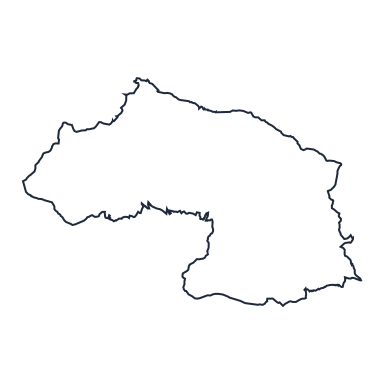 outline of Seica Mare, Sibiu, Romania
{"feature_id": "2599482B70299746914609", "entity_name": "Seica Mare", "entity_type": "district", "adm_level": 2, "iso_a3": "ROU", "parent_name": "Romania", "parent_adm1": "Sibiu", "projection": "albers", "projection_center": [24.21, 46.002], "detail": "fine", "context": "isolated", "style": "outline", "palette": "slate", "viewbox_px": 384, "rotation_deg": 0, "n_neighbors": 0, "source": "geoboundaries", "source_scale": "gbopen_adm2", "svg_char_len": 6007}
<svg xmlns="http://www.w3.org/2000/svg" viewBox="0 0 384 384"><path d="M342.7,286.9L343.6,283.0L345.1,281.1L344.9,280.1L345.5,278.9L345.0,278.1L344.9,277.3L349.2,278.6L351.2,278.4L352.0,277.8L354.2,278.1L360.2,280.4L361.0,280.3L360.2,278.6L356.0,275.3L354.8,273.5L354.7,269.8L353.8,268.1L353.3,266.0L352.6,265.1L352.3,263.8L351.8,263.5L351.5,264.4L351.0,263.4L350.9,261.5L350.4,259.9L347.1,256.6L345.0,255.7L344.6,254.0L344.7,249.8L343.4,248.1L340.6,246.8L344.4,243.4L345.7,242.9L349.4,242.4L350.2,242.8L351.0,242.4L352.9,239.5L353.0,237.8L352.4,238.2L350.7,235.2L349.4,236.8L347.2,238.5L344.3,239.0L340.7,234.7L340.6,233.4L339.3,230.9L339.0,229.6L339.6,228.0L339.6,224.6L339.0,222.7L340.9,220.7L340.9,218.7L339.3,217.1L338.7,216.0L339.4,213.4L337.4,212.4L334.0,209.4L331.9,208.2L331.9,205.4L332.8,203.6L332.8,202.4L333.3,200.8L332.8,200.1L331.4,199.7L329.3,197.7L329.4,196.0L327.8,191.3L328.0,190.9L330.7,190.0L333.9,186.9L335.4,184.6L337.4,174.0L337.5,170.8L339.1,167.3L340.2,165.7L341.0,165.2L341.2,164.1L340.3,163.2L336.9,162.4L333.9,161.0L329.3,160.6L327.6,160.9L326.3,160.5L324.4,156.7L322.9,155.1L320.8,153.8L319.6,153.6L317.7,151.7L313.7,149.5L306.6,148.5L305.8,149.2L303.6,150.1L301.0,149.0L299.7,146.3L299.6,145.5L297.5,143.4L297.6,141.8L293.8,138.2L293.3,137.2L291.1,136.7L290.5,136.0L289.1,136.4L283.6,135.1L281.3,132.7L280.9,131.6L276.1,129.1L274.3,127.3L271.8,125.5L268.2,123.7L267.4,122.6L266.2,122.2L265.0,121.1L264.7,120.3L261.5,120.3L258.2,117.4L255.2,117.3L253.4,116.5L251.3,112.8L250.6,112.3L248.0,112.9L243.5,111.0L239.7,110.4L236.1,110.8L232.7,110.5L230.1,111.9L216.0,112.3L216.0,111.8L215.4,112.2L214.5,111.8L213.0,111.9L210.8,110.8L208.0,110.3L207.9,109.7L205.4,109.5L204.4,108.5L203.8,109.4L203.1,108.8L203.1,108.3L202.1,107.0L201.2,106.6L199.1,108.5L199.1,107.2L198.0,105.7L195.0,103.3L192.2,102.7L191.7,102.1L190.0,102.2L189.3,101.4L188.5,101.1L180.2,100.0L178.4,99.3L176.1,97.3L174.7,96.9L172.7,95.3L172.2,94.4L170.1,93.4L167.0,92.9L164.5,93.2L157.8,91.8L157.4,91.2L158.4,90.3L152.3,83.9L149.6,83.0L149.1,82.2L148.7,80.9L147.4,79.7L146.9,80.3L146.9,80.9L146.6,81.2L144.7,80.5L141.3,80.3L139.6,78.5L136.8,78.2L136.3,79.3L136.3,80.4L134.2,81.2L134.2,81.6L135.3,81.6L135.7,82.7L136.3,83.0L138.0,83.0L138.5,84.1L138.7,85.8L138.1,86.2L138.0,87.3L136.4,88.9L133.8,93.2L129.5,93.4L127.3,94.7L125.0,94.5L126.3,95.4L126.2,100.6L124.6,104.7L121.0,107.8L122.1,109.2L122.5,110.7L121.2,113.0L118.6,115.1L117.5,116.7L117.0,116.2L116.4,116.3L117.3,117.4L114.0,121.1L113.2,121.2L112.8,120.5L112.7,121.4L112.0,121.8L111.3,123.2L109.3,124.6L103.4,123.5L100.7,122.1L99.1,122.1L96.0,126.4L94.1,128.2L88.8,129.3L87.0,129.2L85.7,130.3L81.8,130.5L76.5,131.9L74.5,131.0L73.3,128.9L71.9,125.0L67.6,124.1L66.4,122.9L64.2,122.5L63.5,122.8L62.9,123.4L62.2,126.2L59.9,129.0L58.9,130.7L58.1,138.2L59.0,139.5L58.6,143.5L55.5,143.4L53.5,144.1L52.0,146.6L51.9,147.7L50.4,150.6L48.5,151.9L44.7,152.8L43.2,153.7L41.8,157.2L38.9,161.1L38.7,162.0L35.6,164.9L35.3,165.8L35.5,168.1L34.5,171.4L30.6,174.9L29.3,175.7L27.1,177.9L26.0,179.6L23.0,181.2L26.0,191.9L28.3,194.3L30.0,194.9L31.4,195.9L30.9,195.9L31.1,196.1L33.9,197.4L36.8,198.1L38.3,198.8L41.9,199.1L44.4,200.2L51.9,202.3L54.1,205.8L54.4,206.9L54.4,209.0L55.1,210.2L57.6,212.2L58.2,213.6L59.7,214.2L60.5,215.2L60.6,215.8L62.4,217.2L64.5,220.6L66.1,222.0L71.0,224.0L72.4,225.0L75.2,224.4L83.9,220.7L86.1,218.9L87.5,217.1L88.5,217.0L91.3,215.4L92.2,215.2L94.8,216.9L97.9,216.6L98.9,216.0L99.5,214.3L102.1,212.0L102.8,211.9L104.9,211.9L104.6,213.0L104.9,213.8L105.1,216.6L105.6,217.7L108.1,218.3L109.2,215.2L109.9,215.8L109.1,217.4L110.2,218.1L109.9,219.3L112.5,220.2L113.8,221.3L115.7,220.3L116.1,220.6L119.1,218.6L121.7,218.7L121.8,218.2L122.5,217.6L125.0,216.8L127.6,217.0L129.1,218.0L129.7,215.6L132.3,216.3L133.7,217.1L134.7,216.9L136.4,214.9L138.1,211.8L139.7,213.0L140.7,213.1L141.9,209.3L143.4,206.1L141.8,204.2L141.8,203.4L145.4,206.6L145.6,206.4L147.6,208.5L149.2,208.5L148.1,204.9L148.4,204.6L148.1,203.8L148.3,202.2L149.5,203.5L149.2,203.5L150.0,204.8L152.5,206.6L156.5,208.4L160.2,209.3L162.3,210.5L166.4,213.8L167.0,208.9L169.6,214.1L170.8,213.3L169.6,210.5L173.6,211.4L173.8,211.8L176.0,211.6L177.5,212.1L180.0,210.8L181.4,213.2L182.5,212.1L184.0,211.4L186.1,213.6L187.6,213.7L188.9,212.8L193.1,213.6L195.7,215.1L196.9,212.3L199.7,212.9L199.5,215.8L200.2,216.6L200.4,217.9L200.2,218.7L200.5,219.1L202.1,219.0L203.1,219.7L203.9,219.2L204.1,217.8L204.8,217.0L205.3,215.1L206.2,214.8L206.2,213.5L208.1,212.7L207.8,216.0L206.6,218.2L205.8,220.7L206.6,220.7L207.0,220.2L207.4,220.6L207.9,220.3L209.9,220.4L211.0,219.5L212.0,219.5L212.6,221.6L212.3,227.1L212.9,228.3L213.2,230.8L212.2,233.1L210.7,234.0L209.8,235.6L208.5,236.5L207.8,238.2L208.0,239.0L207.3,240.9L208.7,242.8L208.6,247.9L207.3,251.0L207.9,254.4L205.9,255.7L204.9,257.6L203.5,258.5L199.1,259.3L196.9,259.1L193.5,262.6L190.3,264.2L189.5,264.8L189.4,265.6L188.8,266.2L188.3,269.7L187.1,270.9L182.9,273.4L182.6,274.4L182.5,276.7L183.0,277.5L185.0,278.7L184.4,281.9L184.5,284.2L183.3,287.1L183.9,289.3L185.0,290.9L186.2,291.0L188.6,294.4L191.9,296.1L194.9,298.4L197.4,298.6L199.7,298.2L207.6,295.3L210.4,295.5L212.7,294.4L215.0,293.9L218.7,293.9L222.8,294.5L228.2,296.7L229.6,297.6L240.4,300.9L245.1,303.1L257.9,304.8L259.4,304.4L262.8,304.8L264.9,303.6L265.8,302.1L267.2,301.3L267.0,300.3L267.3,298.7L272.8,298.6L277.2,302.3L278.4,302.9L279.6,302.4L283.0,305.8L284.9,304.0L289.4,301.5L290.6,301.3L293.1,302.0L296.0,301.9L299.9,299.6L302.2,298.7L304.6,298.6L305.9,298.0L305.8,295.8L306.1,295.0L306.1,293.6L305.7,291.0L305.3,290.6L305.8,290.2L304.6,289.7L305.6,288.5L305.8,289.5L307.1,289.2L308.4,289.9L309.6,291.5L310.9,290.7L311.8,291.2L312.2,290.7L313.0,291.0L313.5,290.3L315.5,290.7L318.5,288.8L319.1,289.4L321.2,288.2L323.6,287.8L324.6,286.8L325.3,286.9L326.8,285.7L330.2,285.0L333.3,284.8L333.9,285.1L335.2,284.9L335.9,285.4L337.1,284.7L337.9,284.9L338.3,285.7L338.7,285.3L338.7,284.9L339.0,284.9L340.6,286.5L341.8,287.0L342.7,286.9Z" fill="none" stroke="#1e293b" stroke-width="2"/></svg>